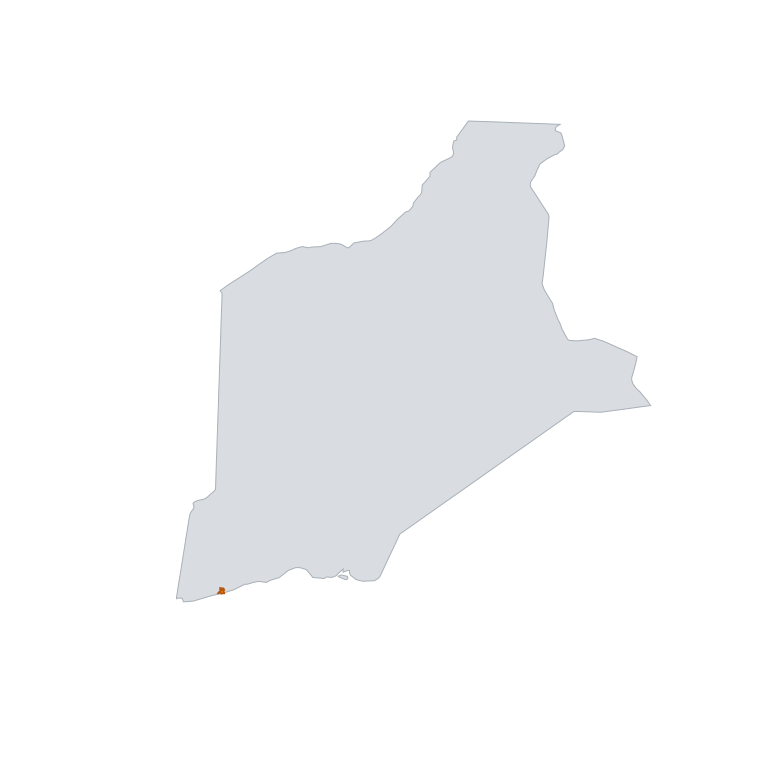 location of Kisauni, Coast, Kenya, rotated 55°
{"feature_id": "3690345B29559403317261", "entity_name": "Kisauni", "entity_type": "district", "adm_level": 2, "iso_a3": "KEN", "parent_name": "Kenya", "parent_adm1": "Coast", "projection": "equal_earth", "projection_center": [39.676, -3.982], "detail": "fine", "context": "in_parent", "style": "filled", "palette": "amber", "viewbox_px": 768, "rotation_deg": 55, "n_neighbors": 0, "source": "geoboundaries", "source_scale": "gbopen_adm2", "svg_char_len": 4965}
<svg xmlns="http://www.w3.org/2000/svg" viewBox="0 0 768 768"><g transform="rotate(55 384 384)"><path d="M213.6,464.7L213.4,454.9L214.4,429.9L214.3,408.0L215.2,397.0L219.3,390.0L221.1,385.0L222.5,377.9L224.6,372.1L229.3,367.5L230.2,364.9L235.2,357.0L238.3,347.0L240.6,343.5L243.4,340.4L245.4,338.7L248.8,337.1L251.4,336.1L251.8,335.3L252.1,333.7L251.2,327.4L252.3,325.4L254.1,321.2L256.1,317.3L257.9,314.9L259.0,312.3L259.5,308.0L259.5,304.8L259.5,299.8L258.9,288.2L256.8,278.6L255.5,267.8L256.5,264.2L254.8,257.9L254.0,257.5L252.6,256.1L250.8,250.2L249.5,244.7L248.7,243.3L243.0,238.6L240.2,227.3L237.0,224.8L235.3,213.7L234.9,210.5L236.8,199.4L236.6,196.8L234.7,194.5L229.3,192.1L225.0,187.5L225.5,185.9L225.9,184.2L223.6,183.1L217.0,164.0L225.6,152.6L234.3,141.0L245.4,126.4L255.6,112.9L264.4,101.3L272.3,90.9L272.1,92.9L272.1,95.5L273.1,97.1L274.7,98.2L277.0,97.1L278.9,95.5L280.8,95.1L292.6,99.4L294.6,103.2L294.5,107.3L295.0,110.2L294.0,113.1L293.0,122.1L293.3,130.3L296.8,136.3L300.0,141.1L302.5,147.7L304.3,149.8L306.9,150.9L315.0,151.1L327.0,151.6L338.6,152.0L339.6,152.1L342.0,153.1L352.7,162.1L362.4,170.3L370.6,177.5L378.6,184.5L386.4,191.3L392.4,196.9L398.4,198.6L408.0,199.4L414.7,199.7L420.9,202.1L430.1,204.3L436.9,205.4L441.1,206.7L452.6,208.0L454.5,207.3L459.5,201.0L465.2,190.9L467.4,185.3L474.8,179.7L487.6,172.0L496.7,166.5L506.8,161.0L511.4,165.8L517.7,173.4L520.6,177.2L522.8,178.8L526.3,180.0L530.5,180.0L532.8,179.8L537.4,178.8L548.3,177.9L554.6,178.0L549.3,188.1L543.1,200.3L531.5,222.6L522.6,234.4L516.0,243.3L515.4,244.9L515.4,254.8L515.5,279.1L515.6,327.6L515.8,376.2L515.9,424.7L516.0,449.0L516.0,457.1L521.9,467.3L527.6,477.3L535.2,490.5L539.2,497.5L539.9,499.9L539.7,504.6L533.4,514.5L528.3,519.0L521.5,521.1L519.4,520.7L516.7,519.3L515.6,521.7L514.8,525.4L513.3,524.6L512.2,523.5L512.9,530.1L513.6,533.3L512.5,537.7L509.2,541.5L508.9,544.7L501.7,553.2L491.4,554.1L486.1,558.3L483.7,561.8L481.8,569.3L482.5,580.8L479.6,589.7L479.1,594.1L473.8,599.9L471.5,605.2L469.7,610.6L468.2,612.9L466.4,625.0L464.0,632.3L463.3,634.7L462.7,636.9L460.8,641.2L459.5,644.1L458.7,646.0L452.4,664.8L447.5,673.2L443.7,672.3L441.2,675.5L440.9,677.1L439.6,676.2L436.4,673.1L429.8,666.8L423.3,660.4L416.7,654.0L410.2,647.7L403.6,641.3L397.0,635.0L390.5,628.6L383.9,622.3L380.1,618.5L378.4,616.3L377.0,611.9L376.4,610.8L374.6,609.5L372.6,609.2L372.0,608.3L372.0,606.2L372.7,603.2L375.1,597.3L375.4,593.9L374.9,590.0L374.2,583.8L373.5,582.3L369.2,579.1L360.0,572.2L350.9,565.4L341.8,558.5L332.7,551.7L323.6,544.8L314.5,538.0L305.4,531.1L296.2,524.3L287.1,517.4L278.0,510.6L268.9,503.7L259.8,496.9L250.7,490.0L241.5,483.2L232.4,476.3L223.3,469.4L219.9,466.9L216.8,464.7L213.6,464.7ZM516.7,531.3L515.1,531.8L515.9,528.5L520.6,524.3L522.5,525.2L522.8,526.2L522.7,527.1L521.9,527.9L516.7,531.3Z" fill="#d9dde1" stroke="#a8b0b8" stroke-width="1"/><path d="M460.1,632.7L459.2,632.8L458.9,632.9L458.9,633.0L458.9,633.3L459.0,633.4L459.0,633.5L459.2,633.8L459.2,634.0L459.3,634.0L459.2,634.2L459.1,634.3L459.1,634.5L459.3,634.7L459.3,634.8L459.5,634.8L459.5,634.7L459.6,634.8L459.6,635.0L459.7,635.3L459.6,635.5L459.6,635.8L459.8,635.9L459.8,636.0L459.9,636.3L459.9,636.5L460.0,636.6L459.9,636.7L459.8,636.8L459.9,637.0L460.0,637.2L460.1,637.3L460.1,637.5L459.9,637.8L459.7,637.9L459.6,638.0L459.7,638.4L459.8,638.5L460.0,638.5L460.1,638.4L460.3,638.3L460.3,638.5L460.2,638.5L460.1,638.8L460.1,639.0L460.2,638.9L460.3,638.9L460.3,639.0L460.3,639.3L460.2,639.5L460.3,639.6L460.5,639.6L460.5,639.8L460.6,639.7L460.5,639.3L460.5,639.2L460.6,638.9L460.7,638.6L460.8,638.5L460.8,638.3L460.9,638.2L461.0,637.9L461.1,637.7L461.2,637.4L461.3,637.3L461.5,637.3L461.8,637.3L462.0,637.4L462.2,637.5L462.3,637.5L462.5,637.6L462.7,637.4L462.7,637.2L462.7,636.9L462.8,636.8L462.9,636.6L463.0,636.5L463.0,636.4L463.1,636.2L463.4,635.9L463.5,635.6L463.6,635.3L463.8,635.1L464.0,635.0L464.0,634.9L463.9,634.8L463.7,634.8L463.4,634.7L463.2,634.7L463.0,634.4L462.9,634.4L462.7,634.5L462.4,634.6L462.2,634.6L461.9,634.5L461.8,634.4L461.7,634.4L461.7,634.5L461.6,634.4L461.4,634.5L461.2,634.5L461.2,634.4L460.9,634.3L461.0,634.3L461.3,634.4L461.4,634.2L461.5,634.3L461.7,634.2L461.4,634.1L461.3,633.9L461.2,633.7L461.2,633.4L461.2,633.2L461.2,632.9L460.9,632.9L460.7,632.8L460.4,632.8L460.3,632.7L460.2,632.7L460.1,632.7ZM457.4,634.9L457.3,635.0L457.5,635.0L457.8,635.0L457.8,634.9L457.9,635.0L457.7,635.4L457.7,635.5L457.7,635.8L457.8,635.9L458.0,635.9L458.1,636.0L458.3,636.2L458.5,636.1L458.7,635.9L458.8,635.9L459.0,635.9L459.1,636.0L459.1,636.3L459.1,636.5L459.3,636.6L459.5,636.7L459.6,636.8L459.7,636.7L459.7,636.4L459.6,636.2L459.5,635.9L459.4,635.8L459.4,635.7L459.4,635.4L459.5,635.4L459.4,635.2L459.5,635.1L459.4,635.0L459.3,634.9L459.3,635.0L459.2,635.0L459.1,634.9L458.9,634.8L458.7,634.9L458.5,635.0L458.4,635.1L458.2,635.2L458.0,634.8L458.0,634.7L457.9,634.7L457.9,634.8L457.6,634.8L457.4,634.8L457.4,634.9Z" fill="#f59e0b" stroke="#b45309" stroke-width="1.5"/></g></svg>